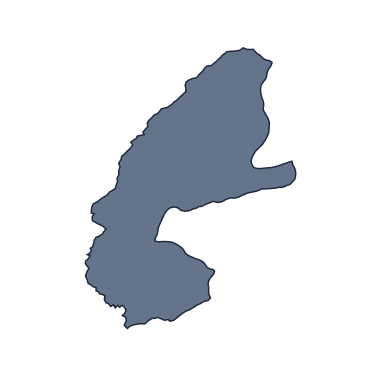 Padre Carvalho, Minas Gerais, Brazil, rotated 238°
{"feature_id": "56859067B17742841496007", "entity_name": "Padre Carvalho", "entity_type": "district", "adm_level": 2, "iso_a3": "BRA", "parent_name": "Brazil", "parent_adm1": "Minas Gerais", "projection": "natural_earth1", "projection_center": [-42.596, -16.309], "detail": "fine", "context": "isolated", "style": "filled", "palette": "slate", "viewbox_px": 384, "rotation_deg": 238, "n_neighbors": 0, "source": "geoboundaries", "source_scale": "gbopen_adm2", "svg_char_len": 3555}
<svg xmlns="http://www.w3.org/2000/svg" viewBox="0 0 384 384"><g transform="rotate(238 192 192)"><path d="M110.5,64.9L111.1,68.3L110.4,71.7L109.3,74.7L107.7,78.3L105.1,82.4L106.0,86.6L106.0,90.9L104.5,94.1L103.7,96.6L100.8,98.7L97.7,100.8L96.6,104.0L94.0,104.9L92.9,108.4L93.5,113.9L94.1,118.7L94.2,123.7L93.5,127.0L93.4,130.6L93.4,133.8L93.4,136.5L92.9,140.2L93.0,144.2L91.5,147.9L92.4,151.6L96.1,152.0L98.7,153.3L100.8,154.7L102.9,155.8L105.5,156.9L107.8,159.1L109.4,161.7L110.5,166.1L112.8,169.1L115.2,168.8L117.3,166.3L120.2,164.9L124.2,164.7L127.1,164.3L129.7,162.8L132.0,161.1L133.9,159.4L135.9,158.1L137.9,156.6L140.6,155.0L143.2,154.1L145.7,154.1L149.3,154.0L153.1,152.5L156.5,150.8L159.4,148.9L161.2,147.1L163.1,144.6L164.6,142.4L166.1,139.8L167.4,137.3L170.0,134.6L172.6,136.7L174.4,139.9L176.4,141.8L179.2,144.2L181.6,147.3L183.5,150.1L185.6,153.4L188.0,157.0L189.7,160.7L190.2,164.6L189.4,167.5L188.2,169.8L185.8,171.7L182.7,172.7L179.5,175.6L177.6,179.8L177.1,183.9L176.1,186.8L175.9,190.3L174.6,192.6L174.5,196.5L173.6,200.6L172.9,204.5L171.2,206.8L169.2,208.7L167.8,212.7L167.7,216.9L166.7,221.4L164.1,225.2L163.0,228.8L162.8,231.7L162.2,235.1L161.8,238.0L160.8,241.1L159.6,244.3L158.4,247.5L157.6,252.7L156.2,255.1L154.7,257.9L153.1,261.0L151.0,265.1L149.7,268.6L147.9,271.8L147.2,275.7L146.6,279.4L147.6,283.1L148.2,285.7L150.5,288.1L153.1,290.0L156.2,291.3L158.9,291.8L161.4,291.9L165.2,293.0L166.4,288.1L167.3,284.0L168.2,280.1L169.1,276.6L170.5,272.6L172.3,269.1L174.2,265.3L176.1,261.6L178.1,258.9L180.3,257.3L182.9,257.3L186.4,258.1L189.4,260.9L191.7,265.0L192.9,267.4L193.7,270.7L194.6,274.3L195.1,277.0L196.7,280.5L199.0,284.8L201.6,288.4L204.4,290.6L207.3,292.6L210.0,294.4L213.2,295.3L216.6,295.7L219.1,295.7L222.3,295.7L224.9,296.4L226.7,298.1L229.4,299.8L232.3,300.7L234.5,301.1L237.2,301.9L240.3,303.2L242.9,304.5L245.9,307.1L247.6,310.7L248.7,314.2L250.8,316.8L253.9,319.4L255.7,322.2L256.9,325.3L259.3,328.5L262.4,327.3L264.2,325.2L266.8,323.4L269.4,322.6L271.9,322.2L274.9,320.6L277.9,319.9L280.5,319.6L282.1,316.6L284.2,313.8L287.1,311.8L286.9,307.4L288.6,303.5L290.5,299.8L292.5,296.1L292.1,293.3L291.9,290.4L290.8,286.6L289.9,282.2L289.5,278.6L288.9,275.3L290.8,271.8L290.5,268.7L288.9,265.2L287.9,260.6L286.5,256.2L288.0,252.5L288.6,249.1L288.4,245.4L286.1,242.8L283.2,241.7L280.5,240.0L279.6,235.8L278.8,231.7L278.0,228.0L277.9,224.8L277.1,222.0L276.8,219.0L277.0,215.4L277.9,212.7L278.8,210.1L277.6,207.2L276.7,204.1L277.4,200.9L276.3,197.3L275.6,193.5L274.2,190.6L271.0,189.3L269.9,185.5L268.8,182.2L266.0,181.7L267.3,178.4L268.4,175.2L267.0,173.1L267.0,170.0L266.8,166.6L263.3,166.6L261.7,162.8L261.0,158.8L260.1,155.2L259.6,151.4L257.1,149.0L255.4,145.2L251.4,144.3L248.9,141.1L245.5,139.2L243.3,135.8L240.9,134.7L239.1,132.9L237.5,130.9L235.6,128.3L235.5,125.1L235.7,121.6L234.3,118.6L234.5,114.8L234.4,111.1L233.9,107.5L234.2,102.2L232.2,98.8L229.9,97.1L227.5,95.4L225.4,97.5L224.1,94.4L220.6,92.4L216.8,94.3L213.4,96.3L210.1,98.4L206.1,99.3L205.3,96.7L203.8,93.4L203.8,90.0L204.4,86.7L203.0,83.7L200.8,81.7L198.2,78.7L198.1,76.0L195.7,75.7L194.3,72.8L194.4,70.0L192.0,71.8L190.3,68.4L189.8,65.2L187.8,63.6L185.3,63.8L181.9,64.1L179.9,60.5L177.3,57.2L173.0,56.6L169.5,55.5L167.4,56.8L164.2,57.9L161.6,60.0L159.1,58.3L157.1,59.7L154.6,59.6L152.7,61.6L150.2,63.2L147.1,60.6L143.7,60.3L141.9,61.9L137.9,62.5L138.1,65.7L134.5,65.4L135.3,68.7L132.5,69.6L133.0,72.6L130.0,73.7L126.5,73.4L124.8,70.6L124.0,67.5L121.0,69.4L117.5,68.0L114.9,63.9L110.5,64.9Z" fill="#64748b" stroke="#1e293b" stroke-width="1.5"/></g></svg>